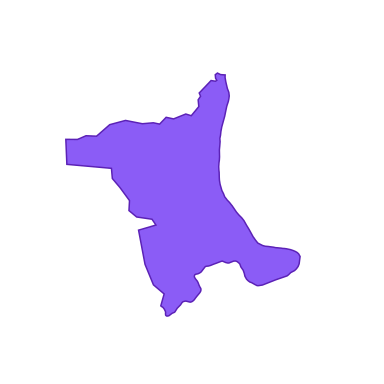 Bella Unión, Artigas, Uruguay (Natural Earth projection), rotated 132°
{"feature_id": "84410073B35452988121510", "entity_name": "Bella Unión", "entity_type": "district", "adm_level": 2, "iso_a3": "URY", "parent_name": "Uruguay", "parent_adm1": "Artigas", "projection": "natural_earth1", "projection_center": [-57.576, -30.371], "detail": "fine", "context": "isolated", "style": "filled", "palette": "violet", "viewbox_px": 384, "rotation_deg": 132, "n_neighbors": 0, "source": "geoboundaries", "source_scale": "gbopen_adm2", "svg_char_len": 2675}
<svg xmlns="http://www.w3.org/2000/svg" viewBox="0 0 384 384"><g transform="rotate(132 192 192)"><path d="M297.5,139.0L297.5,138.0L297.3,137.1L297.2,136.5L297.3,135.7L297.6,134.2L298.4,132.2L298.7,131.6L299.2,131.0L299.9,130.5L300.5,129.9L300.9,129.5L301.2,129.1L301.2,128.8L301.2,128.4L301.2,128.1L301.1,127.8L300.7,127.3L300.3,127.0L299.8,126.6L299.2,126.3L295.4,125.6L293.5,124.7L293.0,124.5L292.3,124.5L288.3,125.2L283.6,125.0L280.9,125.4L280.1,125.4L279.3,125.1L278.3,124.5L277.2,123.6L276.5,122.3L275.5,120.4L275.0,119.6L274.5,119.2L273.8,118.8L273.0,118.5L272.5,118.4L271.6,118.3L270.4,118.2L269.2,118.4L267.9,118.5L266.5,118.6L264.0,118.7L261.7,118.8L260.6,119.0L259.6,119.3L259.0,119.7L258.5,120.1L258.0,120.6L257.7,121.2L257.3,122.6L256.5,124.5L255.3,126.8L254.7,128.4L254.2,131.4L253.6,133.3L252.9,134.0L251.8,134.5L251.0,134.4L250.2,133.9L248.9,132.9L247.0,132.1L245.2,131.7L239.0,132.2L238.3,132.1L237.5,131.6L236.1,130.3L234.2,129.1L231.1,127.6L228.3,126.1L224.2,124.0L223.7,123.7L223.0,123.1L221.8,119.6L220.7,117.7L219.8,116.9L218.9,116.5L215.5,114.8L214.1,113.4L213.5,111.8L213.4,109.6L213.5,108.3L215.0,105.5L215.9,101.6L217.5,98.7L219.2,96.3L220.3,93.1L220.4,90.8L220.2,88.7L219.5,87.1L218.7,83.5L218.1,81.2L217.9,80.9L217.8,80.7L217.3,80.1L214.0,77.4L201.0,70.9L190.7,65.2L189.0,64.9L185.8,64.7L181.8,63.2L179.2,63.0L176.4,63.3L173.7,64.3L167.6,68.5L166.6,71.4L166.6,73.4L167.0,75.3L167.7,77.4L168.9,80.2L170.0,82.1L171.1,84.0L172.2,85.6L173.2,86.8L174.0,88.1L175.2,89.7L176.3,91.2L177.4,92.6L178.6,94.7L180.0,96.7L181.4,98.8L183.3,101.3L184.5,103.7L185.9,108.9L185.2,113.0L184.6,115.4L184.4,116.6L183.4,119.4L181.6,124.6L180.2,129.3L178.5,134.3L177.9,137.8L177.7,141.7L177.2,145.5L175.3,153.3L175.3,153.6L174.7,157.0L174.4,160.8L174.2,161.5L173.7,164.5L172.2,167.4L170.9,170.8L167.4,176.4L164.8,179.6L162.9,181.5L159.2,185.0L157.8,186.6L155.3,189.1L153.0,190.9L152.4,191.4L150.0,193.0L147.5,195.0L142.4,199.8L139.3,202.1L135.8,204.8L133.6,207.1L130.7,208.8L127.7,211.0L124.9,212.7L123.8,213.4L113.8,218.4L109.4,221.0L104.9,223.6L101.3,225.2L100.4,225.6L98.0,227.0L95.7,228.6L93.3,231.3L91.4,235.0L87.5,240.6L84.7,244.1L84.0,244.7L82.8,245.7L85.6,249.3L86.6,252.7L89.3,253.2L91.7,250.6L92.4,248.3L94.0,248.7L96.4,252.4L113.6,252.9L115.1,249.7L119.4,249.1L124.0,244.1L135.8,243.6L138.2,248.8L150.0,254.6L153.8,261.2L163.2,261.5L166.4,267.0L174.5,274.6L183.3,289.3L197.0,298.2L214.4,300.3L221.1,308.4L229.6,312.3L237.3,321.0L255.2,303.5L228.3,267.7L235.3,260.2L236.9,248.5L240.2,232.7L248.0,226.4L247.6,216.4L239.0,203.5L240.7,196.7L256.1,206.2L277.2,178.5L286.8,158.5L286.4,144.5L297.5,139.0Z" fill="#8b5cf6" stroke="#5b21b6" stroke-width="1.5"/></g></svg>